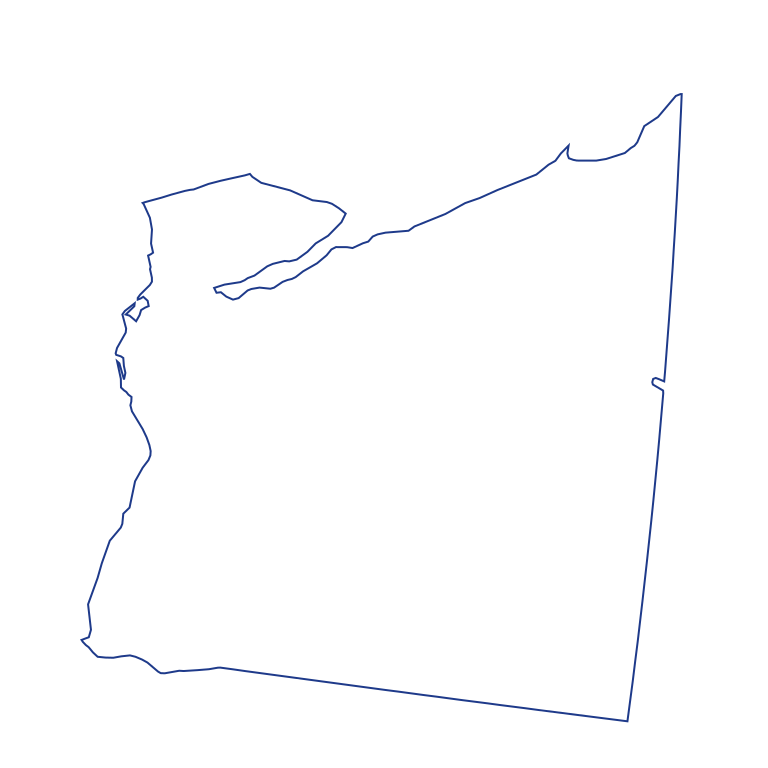 an SVG outline of Egypt, rotated 275°
{"feature_id": "EGY", "entity_name": "Egypt", "entity_type": "country or territory", "adm_level": 0, "iso_a3": "EGY", "parent_name": "Africa", "parent_adm1": "", "projection": "orthographic", "projection_center": [30.805, 26.825], "detail": "fine", "context": "isolated", "style": "outline", "palette": "blue", "viewbox_px": 768, "rotation_deg": 275, "n_neighbors": 0, "source": "natural_earth", "source_scale": "50m", "svg_char_len": 3149}
<svg xmlns="http://www.w3.org/2000/svg" viewBox="0 0 768 768"><g transform="rotate(275 384 384)"><path d="M698.8,655.3L681.5,656.1L664.2,656.8L646.8,657.6L629.5,658.2L612.1,658.9L594.8,659.5L577.4,660.0L560.1,660.5L542.7,660.9L525.3,661.4L507.9,661.7L490.5,662.0L473.1,662.3L455.7,662.5L438.3,662.7L420.9,662.9L411.0,662.9L412.7,657.8L413.7,654.2L412.5,651.7L409.2,651.1L406.9,651.9L401.8,662.6L399.1,663.0L392.9,663.0L372.6,663.0L352.4,663.0L332.1,662.9L311.8,662.7L291.6,662.5L271.3,662.2L251.1,661.8L230.8,661.4L210.6,660.9L190.4,660.4L170.2,659.8L149.9,659.2L129.7,658.4L109.5,657.7L89.4,656.8L69.2,655.9L69.7,643.1L70.2,630.3L70.7,617.5L71.2,604.7L71.7,591.9L72.2,579.1L72.7,566.3L73.3,553.5L73.8,540.7L74.3,527.8L74.9,515.0L75.4,502.2L75.9,489.4L76.5,476.5L77.1,463.7L77.6,450.9L78.2,438.1L78.8,425.2L79.3,412.4L79.9,399.6L80.5,386.7L81.1,373.9L81.7,361.1L82.3,348.2L82.9,335.4L83.5,322.6L84.1,309.7L84.7,296.9L85.3,284.1L85.9,271.2L86.6,258.4L87.2,245.6L86.9,243.2L84.6,234.4L82.7,223.2L80.6,209.4L80.5,205.0L76.7,190.8L76.5,186.8L77.8,184.0L85.9,172.6L88.4,167.0L90.6,160.2L91.5,154.6L89.8,146.0L87.7,138.2L87.2,130.3L87.3,122.5L91.3,117.4L96.1,112.7L97.9,109.8L100.8,106.5L102.7,105.0L106.0,112.0L113.6,113.5L138.7,108.4L165.8,115.6L180.8,118.5L204.0,124.5L218.0,134.3L221.9,135.5L232.1,135.6L238.7,141.3L265.4,144.5L279.6,150.9L287.7,156.0L292.5,157.5L296.8,157.4L302.7,155.6L310.1,152.2L318.1,147.5L334.8,135.3L340.7,133.2L344.5,133.8L349.1,133.6L351.1,130.3L353.6,128.0L355.1,125.4L357.6,122.3L366.2,121.4L383.4,116.1L381.5,118.6L365.8,124.6L372.5,125.4L379.4,123.3L387.2,122.0L388.6,119.5L389.7,114.7L391.2,114.0L396.6,114.9L412.7,122.2L416.7,122.3L428.1,118.2L430.5,117.3L434.2,119.5L442.7,128.6L439.7,128.5L430.7,120.7L429.9,124.6L424.9,131.6L431.3,134.5L436.5,135.6L439.3,139.4L441.1,142.8L446.3,141.3L449.9,136.6L447.9,134.0L446.6,131.3L448.3,131.2L451.9,133.4L462.2,142.1L465.7,143.9L469.7,143.5L478.0,140.9L480.3,141.3L491.4,137.8L492.8,140.2L494.7,142.5L503.6,139.7L517.7,139.4L529.2,136.3L542.3,128.9L543.3,127.8L544.1,129.5L545.9,134.3L550.3,146.3L554.2,155.8L559.0,168.8L560.5,173.9L561.2,177.4L568.0,191.7L572.2,203.5L575.3,213.2L579.7,227.2L581.6,232.1L578.9,234.8L573.7,244.2L568.7,273.6L560.8,296.8L560.3,311.2L559.0,316.4L555.2,323.7L550.4,331.0L541.5,327.5L526.8,315.4L518.1,303.7L509.0,296.2L500.3,286.2L497.9,278.9L497.9,274.2L494.0,262.8L491.1,257.5L480.7,245.5L477.6,239.0L475.3,236.2L473.0,232.1L469.1,216.4L464.9,206.4L460.3,209.2L461.2,213.5L457.3,219.3L454.9,226.2L456.9,231.7L465.3,240.0L467.1,243.6L469.2,251.6L469.0,262.5L470.4,266.1L476.9,274.1L479.2,278.8L480.6,283.0L482.8,286.7L489.2,293.6L498.4,306.8L507.2,315.6L513.5,319.9L516.2,324.2L517.1,335.4L516.7,340.8L522.4,350.8L524.5,355.9L529.9,359.9L532.5,364.6L534.9,372.3L538.8,395.1L543.6,400.6L558.7,430.3L571.3,449.1L577.6,463.1L587.1,480.1L605.9,517.5L616.8,528.8L621.3,535.3L629.1,540.1L637.6,547.1L629.7,546.6L627.7,547.2L625.0,548.5L623.8,553.0L623.4,556.7L625.0,575.8L627.5,585.6L635.1,603.8L640.5,609.2L643.1,612.7L646.8,615.2L663.6,620.8L673.9,633.7L696.4,649.6L698.7,654.2L698.8,655.3Z" fill="none" stroke="#1e3a8a" stroke-width="2"/></g></svg>